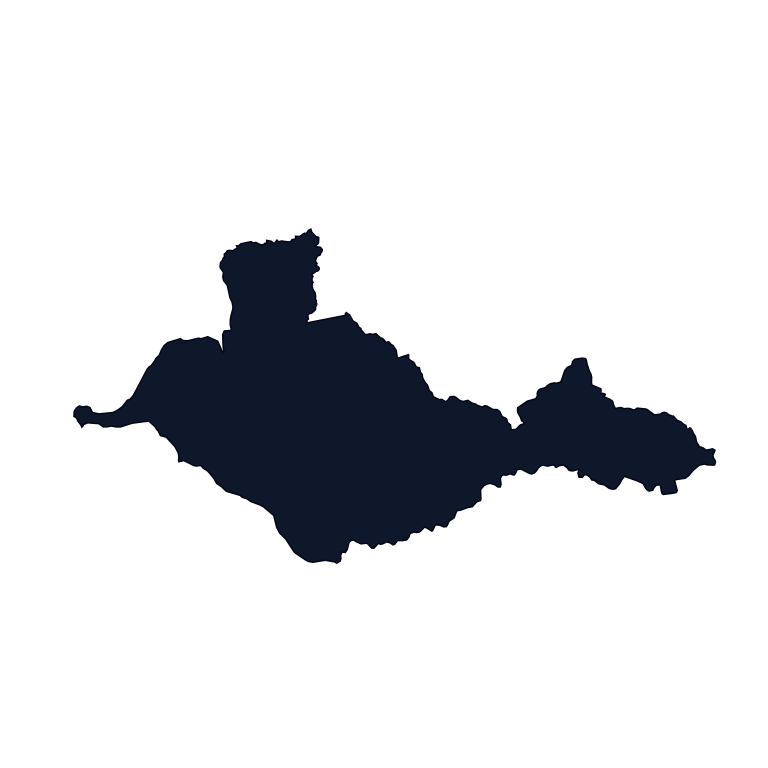 outline of Mora, San José, Costa Rica, rotated 168°
{"feature_id": "36466004B40218222859815", "entity_name": "Mora", "entity_type": "district", "adm_level": 2, "iso_a3": "CRI", "parent_name": "Costa Rica", "parent_adm1": "San José", "projection": "robinson", "projection_center": [-84.265, 9.872], "detail": "fine", "context": "isolated", "style": "filled", "palette": "ink", "viewbox_px": 768, "rotation_deg": 168, "n_neighbors": 0, "source": "geoboundaries", "source_scale": "gbopen_adm2", "svg_char_len": 6133}
<svg xmlns="http://www.w3.org/2000/svg" viewBox="0 0 768 768"><g transform="rotate(168 384 384)"><path d="M688.5,404.6L686.8,405.9L686.4,406.8L681.8,407.6L671.2,404.5L667.6,400.5L664.0,399.7L659.5,399.6L655.2,397.8L650.7,396.8L638.4,398.0L621.8,396.7L616.9,390.0L615.8,386.8L614.6,384.9L613.4,380.0L608.1,377.3L601.5,366.2L599.6,359.4L599.8,355.4L600.9,352.0L600.8,350.6L595.7,350.7L587.0,343.8L584.4,342.7L581.9,342.7L579.8,342.1L578.4,339.3L574.8,335.8L573.3,333.3L570.0,326.9L568.3,321.5L564.3,317.3L560.5,311.8L547.9,305.0L546.2,302.6L542.2,300.4L538.3,296.4L530.3,291.4L527.2,288.7L519.2,278.3L518.8,266.3L517.1,260.0L512.3,252.6L507.1,239.1L505.8,237.0L497.0,227.9L495.0,226.2L490.6,224.4L478.2,223.8L469.2,220.2L467.5,218.5L463.7,219.9L462.4,222.2L462.1,225.2L460.6,227.7L459.5,228.2L456.8,227.3L454.3,229.8L451.7,235.4L450.6,236.7L448.7,237.8L446.2,237.7L444.3,235.8L439.7,232.4L434.8,232.0L433.3,231.3L430.3,226.2L428.6,225.6L427.8,225.6L423.3,228.9L422.2,228.9L420.8,227.9L418.6,227.9L414.1,229.0L411.1,227.4L408.7,224.8L406.9,225.0L404.0,227.5L402.9,228.0L398.8,227.0L394.3,226.8L391.5,229.1L390.2,231.5L389.0,232.5L385.3,232.9L383.2,232.0L380.4,231.8L378.7,232.5L374.1,235.6L371.6,233.9L367.9,230.2L367.0,230.4L363.1,235.5L358.7,234.3L355.3,231.8L352.7,231.5L351.1,233.1L349.2,236.1L343.3,238.5L339.2,244.8L334.9,244.7L328.0,245.8L323.2,245.6L317.9,249.4L313.8,250.0L313.1,251.4L311.6,260.3L307.6,263.7L304.2,264.7L300.6,264.7L296.2,262.1L294.1,259.6L291.7,259.1L290.3,261.7L289.9,267.4L287.7,270.0L286.2,270.3L283.6,269.4L279.2,269.9L276.8,268.3L275.5,268.0L273.3,270.0L272.1,272.0L270.6,272.6L267.8,272.4L260.3,266.3L258.4,265.3L255.2,265.8L252.8,267.5L250.8,269.6L247.9,271.3L246.1,271.6L245.2,271.6L241.0,269.6L236.5,269.8L234.9,269.4L234.0,268.8L233.7,267.1L232.9,266.6L229.9,267.6L226.8,267.6L224.9,267.1L222.1,263.7L221.2,261.5L220.1,260.6L217.4,259.7L211.3,260.1L211.2,259.3L212.8,256.7L212.6,252.2L209.4,251.5L207.1,253.4L205.2,253.3L204.1,252.5L202.1,250.4L200.7,246.9L198.1,245.9L195.0,241.9L189.4,239.5L185.6,235.3L184.2,234.4L181.5,233.4L179.2,233.5L174.6,237.1L171.3,240.9L168.1,243.7L156.9,236.9L152.5,233.7L151.3,232.6L149.7,227.5L148.3,225.2L147.0,224.2L143.3,224.2L141.2,226.7L138.6,228.4L135.3,228.0L134.8,227.4L135.0,220.3L134.7,218.8L133.7,217.9L124.6,217.1L120.8,217.1L120.1,217.7L119.3,218.9L119.8,229.0L118.6,229.8L109.1,229.2L105.3,230.8L99.5,235.3L92.6,239.0L87.4,239.1L84.4,237.6L78.5,236.1L77.4,236.1L75.9,238.9L75.9,240.1L77.0,242.9L77.2,245.8L74.0,250.4L76.1,252.3L82.5,252.2L85.2,255.2L88.4,257.1L90.3,262.0L90.3,267.9L91.8,271.8L92.0,274.4L93.0,276.0L93.1,277.0L94.2,277.5L95.5,276.6L97.1,277.0L97.3,280.7L98.9,281.9L101.5,285.3L104.7,287.4L107.7,292.5L108.4,292.5L112.1,294.9L113.3,296.6L115.4,298.0L118.0,298.0L119.5,297.1L125.8,297.5L132.1,304.5L133.9,305.4L141.5,307.8L144.1,306.6L145.2,306.6L148.1,308.6L150.5,309.5L154.1,309.9L157.3,311.8L162.8,312.0L163.8,315.8L163.9,319.5L165.9,321.8L171.2,325.6L170.9,326.6L169.8,327.5L169.8,328.0L170.7,328.8L173.8,330.0L172.8,333.6L173.0,334.3L180.8,339.7L180.8,342.1L179.5,347.5L179.5,350.4L180.5,354.2L181.2,360.8L181.2,365.9L181.6,366.9L184.4,368.0L192.1,368.6L194.9,366.7L196.5,363.1L201.3,362.1L204.4,359.6L209.8,350.4L211.3,349.1L215.0,348.9L217.4,349.7L221.1,349.7L224.8,348.5L225.4,347.7L227.5,346.8L232.3,346.6L234.2,345.7L235.5,344.2L236.2,342.5L236.4,340.5L238.7,338.0L247.5,337.4L258.1,333.0L259.0,330.3L259.0,327.8L257.5,323.3L257.0,319.4L255.4,317.9L255.4,316.0L259.2,315.6L264.4,312.2L269.1,312.7L268.8,317.8L270.6,319.8L271.2,321.4L271.2,323.9L271.6,324.8L275.3,327.7L276.5,333.0L278.6,335.4L282.9,336.5L288.0,341.1L290.1,341.8L292.5,341.1L294.5,342.1L298.1,344.5L298.3,345.1L301.9,347.1L305.4,350.6L309.8,350.4L311.8,351.2L313.5,352.3L316.3,355.8L318.1,357.3L322.0,357.8L324.6,355.2L326.3,354.2L327.8,354.1L330.3,356.8L333.1,357.3L337.8,360.7L338.5,362.2L338.8,365.3L341.1,368.3L341.7,373.8L343.6,377.4L344.9,381.9L344.7,385.4L346.0,388.4L346.0,392.6L348.8,393.8L350.3,398.9L354.3,402.8L354.6,404.8L353.9,406.4L353.9,407.6L365.5,406.4L365.1,414.6L367.1,419.6L369.0,421.5L370.1,423.7L371.0,424.4L373.3,424.1L375.6,428.4L378.3,430.5L381.4,434.9L384.7,434.8L387.0,436.0L391.1,436.0L392.4,436.8L395.1,441.9L395.1,443.2L396.8,444.8L397.9,449.1L400.4,451.3L401.4,452.6L403.2,458.7L406.0,461.7L407.1,461.0L407.6,459.2L446.7,459.8L446.0,462.4L444.4,463.2L444.3,467.3L442.2,468.4L439.7,468.5L436.1,470.6L435.3,471.7L434.9,473.6L433.5,475.3L433.1,476.4L433.4,478.1L432.8,479.1L433.4,481.5L432.6,484.1L432.4,487.5L433.9,491.5L433.9,495.3L433.1,497.9L432.3,498.0L432.9,500.4L432.4,502.3L431.1,504.1L431.9,506.1L426.9,508.3L425.3,508.3L423.7,509.4L423.3,510.5L423.5,511.8L425.6,514.1L424.4,515.9L425.3,517.5L425.3,519.2L422.7,522.9L419.6,523.5L418.5,525.4L417.2,526.4L416.5,527.8L416.6,528.8L417.8,531.0L421.7,532.4L421.6,534.1L419.8,534.6L418.7,535.7L417.4,540.8L418.1,541.6L419.7,542.0L423.1,547.6L423.3,550.7L426.0,550.0L428.8,547.3L430.3,548.0L431.6,547.8L435.6,545.8L439.8,546.9L440.0,545.5L441.1,544.1L443.9,544.4L445.8,542.6L448.1,542.9L454.5,545.2L457.6,545.0L458.8,547.0L461.8,544.5L462.5,544.5L464.5,547.0L468.9,548.9L469.7,545.9L471.4,546.4L472.8,545.4L475.4,545.6L479.9,549.1L482.9,549.3L484.4,550.9L494.9,550.9L497.9,549.2L499.5,549.9L499.3,547.0L501.7,546.9L503.8,545.8L508.3,547.0L509.7,546.9L511.0,545.4L513.2,544.3L513.8,541.3L515.0,540.7L516.5,538.4L518.6,536.8L519.9,533.3L519.9,531.4L517.8,526.8L519.4,522.4L519.4,518.6L516.8,513.1L516.7,500.6L515.6,495.8L515.7,491.0L516.4,488.6L519.7,482.1L521.0,478.7L522.0,474.4L522.1,468.2L529.0,469.1L529.8,468.5L531.6,465.6L533.6,454.0L534.0,448.5L535.5,449.5L537.7,460.4L546.6,466.9L553.3,466.3L556.0,467.4L566.9,467.1L570.7,468.0L572.2,469.0L573.6,470.7L586.8,469.5L590.9,467.4L594.6,463.6L598.0,458.7L602.0,456.3L603.1,454.7L607.9,450.4L610.2,449.5L612.7,447.6L631.6,424.9L635.6,421.9L638.4,421.5L644.8,416.2L647.7,414.8L652.5,413.0L655.5,412.5L668.9,414.0L675.1,416.7L676.5,422.1L679.3,424.0L683.6,424.2L686.6,425.9L690.0,424.4L692.8,421.5L694.0,416.7L692.8,415.9L691.6,413.9L691.2,411.5L689.1,407.2L688.5,404.6Z" fill="#0f172a" stroke="#020617" stroke-width="1.5"/></g></svg>